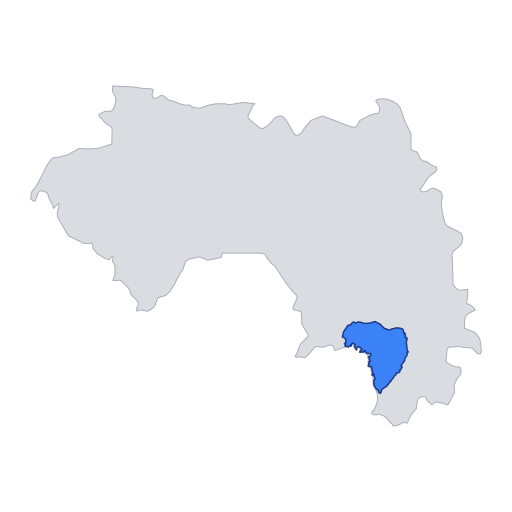 Macenta, Macenta, Guinea (highlighted)
{"feature_id": "49546643B89321000346935", "entity_name": "Macenta", "entity_type": "district", "adm_level": 2, "iso_a3": "GIN", "parent_name": "Guinea", "parent_adm1": "Macenta", "projection": "albers", "projection_center": [-9.435, 8.32], "detail": "fine", "context": "in_parent", "style": "filled", "palette": "blue", "viewbox_px": 512, "rotation_deg": 0, "n_neighbors": 0, "source": "geoboundaries", "source_scale": "gbopen_adm2", "svg_char_len": 8570}
<svg xmlns="http://www.w3.org/2000/svg" viewBox="0 0 512 512"><path d="M321.5,347.2L316.7,346.5L314.6,347.4L308.3,354.8L304.6,357.7L298.7,356.7L296.6,357.3L295.1,356.4L297.2,352.4L300.3,344.3L308.0,336.3L308.1,334.6L305.0,329.8L301.7,323.4L301.7,316.5L301.1,311.5L294.3,310.1L293.1,309.2L292.9,307.5L296.8,298.9L297.1,297.2L296.6,295.6L292.5,291.2L286.0,283.0L274.9,266.2L270.7,262.7L266.7,257.6L265.2,254.3L261.1,253.1L222.1,253.1L221.3,257.5L207.9,260.3L199.6,256.9L190.4,258.8L185.9,261.0L182.4,270.7L180.4,272.8L178.4,277.2L176.6,279.6L174.5,284.4L170.1,291.2L165.4,295.6L157.6,297.9L155.1,305.2L153.2,307.8L150.2,309.9L147.0,311.2L140.6,309.8L137.0,311.1L136.4,309.2L138.5,303.5L136.9,300.5L130.8,294.5L130.3,291.6L128.4,287.9L120.4,280.2L112.9,280.6L115.0,274.2L115.0,265.7L112.5,261.0L113.2,256.3L111.8,256.5L109.3,259.8L105.2,258.7L97.0,253.5L93.0,248.6L92.5,244.4L91.6,242.8L89.1,243.6L84.0,243.5L68.4,235.8L57.4,217.0L57.3,212.8L59.0,205.5L58.6,203.5L53.4,208.3L52.5,205.1L48.7,197.5L47.6,193.2L43.9,191.2L40.9,190.8L38.5,192.2L35.3,201.0L33.1,200.9L30.7,199.0L31.3,192.4L37.4,184.3L47.8,163.8L51.5,159.1L53.8,157.5L58.5,157.3L67.8,154.7L79.3,148.4L88.0,149.0L98.3,148.3L111.8,144.1L112.1,130.2L111.7,127.1L106.9,124.3L104.2,121.8L101.8,118.7L99.0,116.5L99.1,114.2L105.1,111.3L110.5,111.4L112.3,110.3L113.7,108.4L115.3,103.4L115.9,98.1L112.4,91.0L112.7,86.0L132.3,86.9L143.1,88.4L151.9,88.9L153.3,90.0L152.0,94.9L153.1,97.8L156.1,98.6L161.1,95.2L163.7,96.0L169.2,100.3L174.3,101.5L179.9,103.8L185.1,105.1L189.8,105.0L193.3,107.4L199.9,108.2L208.4,105.2L215.0,103.9L224.4,103.7L229.3,104.7L243.5,102.4L254.7,103.8L253.0,105.4L247.8,116.5L248.4,118.5L259.7,127.9L262.4,128.6L265.5,127.3L270.5,123.0L274.3,118.3L278.1,116.1L282.4,116.2L285.9,119.6L293.9,133.5L296.0,135.3L297.9,135.2L301.5,132.7L303.3,129.6L310.8,120.5L322.5,115.9L350.1,126.5L354.1,127.3L356.5,126.5L360.0,120.3L370.4,115.0L375.4,113.5L378.2,113.3L379.3,111.6L379.8,109.1L379.3,106.5L376.1,101.7L376.0,100.3L377.8,99.4L381.8,98.8L386.9,99.2L392.7,101.2L397.4,104.2L400.1,107.7L405.3,122.4L411.1,133.9L410.9,149.4L413.5,150.9L416.3,151.6L417.6,152.8L420.5,159.1L423.2,161.0L426.3,161.4L432.3,165.5L436.2,167.1L436.7,168.3L436.6,170.0L435.1,172.1L429.3,176.4L426.5,180.1L420.6,188.9L420.4,190.5L421.7,191.7L424.1,191.9L426.7,191.3L432.1,188.1L436.4,189.2L440.5,191.6L442.0,194.1L442.4,197.5L441.5,201.8L441.4,206.6L442.8,214.8L444.9,222.9L447.1,225.9L460.8,233.0L462.2,235.7L462.8,238.8L461.9,242.9L460.5,245.2L453.0,251.7L451.9,254.7L452.4,260.4L453.1,284.4L456.0,288.4L459.6,290.4L467.8,289.3L467.6,295.9L466.5,303.4L471.4,305.6L473.8,307.9L475.2,310.0L467.6,314.0L465.4,316.3L464.4,322.6L464.6,328.3L474.9,332.4L478.9,337.2L480.6,342.2L481.3,351.6L480.4,353.8L477.7,353.8L472.5,348.1L464.6,347.5L458.7,346.4L448.8,347.2L447.1,348.9L446.0,361.5L448.4,363.6L453.1,366.0L456.2,367.0L458.8,366.7L460.7,368.2L461.2,372.3L459.8,375.4L457.3,378.2L454.0,385.4L454.7,392.1L449.2,402.7L447.6,404.8L440.2,402.7L435.4,402.0L431.9,404.7L427.1,400.6L426.2,397.3L424.5,396.7L421.3,396.7L418.3,398.5L417.0,401.8L416.3,408.6L410.9,415.1L407.1,423.1L402.8,422.4L401.8,423.4L397.1,425.4L393.1,426.0L392.0,423.9L389.7,422.2L387.1,418.7L384.1,416.0L378.5,414.1L376.2,414.9L373.5,414.7L371.8,413.6L372.0,412.0L375.0,407.8L376.7,403.9L377.6,399.7L377.6,395.7L376.0,390.1L373.5,385.6L372.9,383.0L373.1,379.3L372.6,375.9L371.7,374.1L370.5,367.6L369.0,366.4L368.2,361.2L368.4,355.9L366.2,353.8L362.8,352.4L360.8,350.3L359.5,347.9L358.3,347.3L357.2,347.4L356.2,348.9L355.1,349.2L353.1,344.2L352.2,344.0L350.8,345.1L334.9,350.6L332.9,345.9L329.8,345.0L324.5,347.0L321.5,347.2Z" fill="#d9dde1" stroke="#a8b0b8" stroke-width="1"/><path d="M402.8,329.2L401.9,328.9L401.0,328.5L399.6,328.1L397.7,328.1L396.3,327.8L394.4,328.4L393.2,328.7L391.8,328.9L390.2,329.8L389.5,329.9L388.1,329.8L387.2,329.6L386.6,328.9L384.6,328.6L383.4,327.4L381.6,325.8L380.5,324.5L379.0,323.5L377.3,322.9L375.6,321.7L373.7,321.8L370.7,322.9L367.3,323.4L365.6,323.5L362.6,323.0L360.1,322.1L359.3,322.0L357.7,322.1L356.7,322.8L355.9,322.8L354.8,322.7L353.5,321.9L352.3,322.8L351.4,323.5L350.9,324.8L350.6,324.9L349.7,325.0L349.2,325.0L348.6,325.2L347.8,325.4L347.7,326.1L347.3,326.2L346.8,326.9L346.5,327.3L346.3,327.7L346.0,328.7L345.2,329.4L344.9,329.6L344.6,330.3L344.0,331.3L343.5,332.0L343.3,333.0L343.2,333.7L342.9,334.6L342.6,335.7L342.5,336.3L342.5,337.0L343.0,337.4L343.6,337.4L344.2,337.8L344.5,338.1L345.0,338.5L345.4,338.9L345.9,339.6L346.0,340.0L345.7,340.5L345.9,341.5L346.0,342.4L345.8,342.9L345.1,343.2L344.6,343.3L344.5,343.7L344.9,344.1L345.3,344.2L345.5,344.7L345.1,345.3L345.3,345.6L345.3,345.8L345.3,346.3L345.5,346.4L345.7,346.6L345.9,346.6L346.5,346.5L346.7,346.4L346.9,346.3L347.0,346.3L347.3,346.3L347.5,346.3L348.1,346.9L348.3,347.1L348.7,346.4L348.8,346.3L349.1,346.2L350.9,346.1L351.1,346.0L351.4,345.8L351.5,345.6L351.4,345.3L351.1,345.2L351.1,344.8L350.9,344.8L350.9,344.7L351.1,344.3L351.1,344.2L351.3,344.1L351.5,344.2L351.8,344.1L352.3,343.6L352.4,343.3L352.7,343.1L352.8,343.1L353.1,343.1L353.6,343.2L354.0,343.4L354.5,344.4L355.1,345.0L355.1,345.3L355.0,345.5L354.7,345.9L354.5,346.7L354.6,347.1L355.9,348.5L356.0,349.5L356.5,349.8L356.7,349.4L356.8,347.9L357.0,347.5L357.4,347.2L357.8,346.8L359.1,346.7L359.7,347.0L360.2,347.6L361.4,348.4L361.7,348.9L361.7,349.0L361.9,349.3L361.4,349.8L361.3,350.0L361.2,350.1L360.7,350.4L360.0,351.2L359.8,351.8L359.9,352.3L360.1,352.4L360.6,352.3L361.3,352.0L362.0,352.0L362.6,352.0L363.0,352.1L363.5,351.9L363.8,351.6L364.0,351.4L364.4,350.7L364.5,350.6L364.8,350.5L365.0,350.6L365.2,350.9L365.2,351.0L365.4,351.7L365.5,351.9L365.7,352.1L365.8,352.3L367.0,353.2L367.5,353.5L370.4,353.7L370.8,354.0L371.0,354.2L370.9,354.5L370.9,354.8L370.8,355.2L370.7,355.3L370.4,355.7L370.2,356.0L368.6,356.9L368.5,357.0L368.3,357.1L368.7,357.5L368.8,357.6L369.5,358.0L369.5,358.4L369.5,358.6L369.3,359.3L369.4,359.6L369.6,360.0L369.9,360.1L370.1,360.3L370.3,360.8L370.2,360.9L368.5,362.3L368.6,362.5L369.0,363.0L368.9,364.3L368.8,364.5L368.7,364.7L368.5,364.9L368.3,365.0L368.2,365.7L368.3,366.2L368.6,366.4L369.3,366.2L369.4,366.3L369.5,366.3L369.9,366.7L370.2,366.8L370.7,366.7L371.4,366.8L371.6,366.9L371.7,367.0L371.8,367.1L371.9,367.9L371.8,369.0L371.9,369.3L372.1,369.5L372.1,370.8L372.3,371.5L372.7,372.0L372.8,372.3L372.9,372.5L373.0,372.9L372.9,373.0L372.6,373.7L372.4,374.0L372.2,374.4L372.1,374.5L372.0,374.8L372.0,375.0L372.2,375.3L372.3,375.4L373.2,374.7L373.8,374.4L374.0,374.4L374.0,374.8L374.0,375.0L373.8,375.7L373.9,376.0L374.4,376.3L374.4,376.5L374.4,377.4L375.0,378.2L375.1,378.5L375.0,379.1L374.9,379.1L374.7,379.2L374.3,379.5L373.7,380.6L373.9,382.0L374.2,382.7L373.8,383.7L374.2,385.3L374.3,385.9L374.7,386.5L374.8,386.6L375.0,386.9L375.2,387.4L375.3,387.6L376.0,388.2L376.3,389.2L376.5,389.4L376.8,389.4L377.0,389.6L377.6,389.5L378.2,390.0L378.5,391.0L378.4,391.1L378.3,391.3L378.5,391.5L378.8,391.4L378.9,391.6L378.8,392.0L378.7,392.3L378.8,392.4L378.8,392.5L379.3,392.6L379.7,393.1L380.3,393.3L380.8,393.0L381.1,392.0L381.5,391.1L381.4,390.6L381.4,389.9L381.6,389.7L382.8,388.7L383.8,388.1L384.5,387.6L385.1,387.1L386.3,386.6L386.8,386.0L387.2,385.5L387.5,385.1L388.0,384.6L388.7,383.8L388.9,383.5L389.3,383.1L389.6,382.3L390.0,381.4L390.8,381.4L391.2,380.8L391.3,380.6L391.4,380.3L391.5,379.9L391.8,379.5L392.1,379.1L392.5,379.0L393.6,377.5L393.7,377.1L394.0,376.4L394.7,375.7L394.9,375.6L395.5,375.1L396.0,374.6L396.1,374.3L396.1,374.0L396.4,373.4L396.8,373.0L397.2,372.7L397.4,373.0L397.8,373.0L398.1,372.8L398.4,372.6L399.0,372.4L399.4,372.1L399.6,371.9L399.8,371.6L399.8,371.2L399.8,370.7L399.6,370.1L399.7,369.9L400.1,370.0L400.4,370.0L400.6,369.4L401.1,369.0L401.3,368.6L401.5,368.2L402.0,367.6L402.0,367.1L401.8,366.9L401.1,366.3L401.1,365.9L401.3,365.6L401.7,365.1L401.8,364.5L402.1,364.2L402.4,363.8L402.6,363.5L402.9,362.8L403.1,362.4L403.4,361.9L403.5,361.9L403.8,361.6L404.2,361.5L404.3,361.5L404.6,360.5L404.9,359.0L405.2,358.2L405.6,357.1L406.5,356.2L406.9,355.5L407.1,354.5L407.2,353.4L407.4,352.4L407.8,352.3L408.1,352.1L408.0,351.3L407.4,350.5L407.3,350.3L407.2,349.5L406.9,348.1L406.8,347.1L406.8,346.4L406.7,345.3L406.6,344.4L406.5,343.6L406.4,343.2L406.3,342.4L406.4,341.7L406.5,341.1L406.7,340.4L407.0,339.7L407.1,338.9L407.0,338.0L406.0,338.0L405.4,337.9L405.4,337.3L405.5,336.8L405.2,336.8L405.1,336.4L405.3,335.9L405.4,335.4L405.3,335.2L404.9,334.7L405.3,334.4L405.4,334.1L404.4,334.0L404.5,332.8L403.9,332.9L403.9,332.3L403.6,331.8L403.4,331.6L403.1,330.3L403.1,329.5L402.8,329.2Z" fill="#3b82f6" stroke="#1e3a8a" stroke-width="1.5"/></svg>